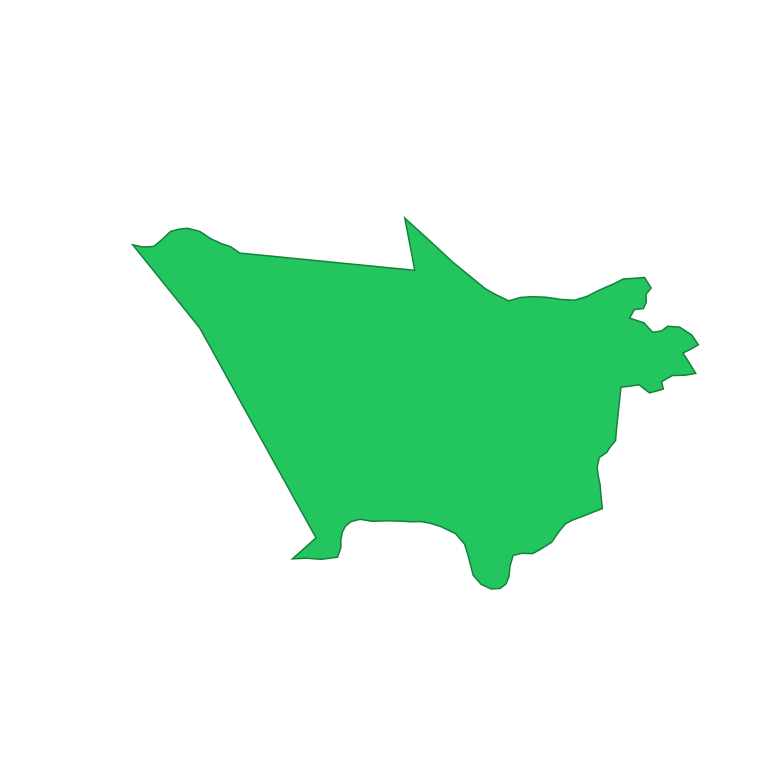 the district of Acajutiba, Bahia, Brazil, rotated 112°
{"feature_id": "56859067B79401477876310", "entity_name": "Acajutiba", "entity_type": "district", "adm_level": 2, "iso_a3": "BRA", "parent_name": "Brazil", "parent_adm1": "Bahia", "projection": "equal_earth", "projection_center": [-38.007, -11.675], "detail": "fine", "context": "isolated", "style": "filled", "palette": "green", "viewbox_px": 768, "rotation_deg": 112, "n_neighbors": 0, "source": "geoboundaries", "source_scale": "gbopen_adm2", "svg_char_len": 1490}
<svg xmlns="http://www.w3.org/2000/svg" viewBox="0 0 768 768"><g transform="rotate(112 384 384)"><path d="M417.7,134.9L406.0,141.1L396.3,146.0L389.0,150.9L381.1,155.3L371.4,156.8L364.1,151.9L356.5,150.4L349.8,148.1L336.0,152.3L298.2,163.1L294.2,155.7L289.2,147.2L292.8,134.5L284.1,123.1L277.9,127.5L268.2,119.9L263.1,108.2L257.4,98.9L249.1,110.2L243.3,118.4L237.8,113.5L229.9,107.2L223.3,116.9L220.5,131.1L224.2,142.6L230.9,146.6L235.4,154.3L229.9,165.9L230.9,181.0L221.2,179.7L216.9,171.8L210.0,171.4L202.5,174.6L194.9,172.3L187.6,182.4L191.3,189.7L197.0,201.5L205.8,209.2L211.1,214.5L217.7,220.8L226.6,228.5L235.0,238.8L239.4,252.0L242.9,266.4L247.5,279.3L252.6,289.9L260.2,299.5L259.1,315.6L257.7,325.8L254.8,335.1L245.0,366.7L241.1,376.7L235.3,391.9L222.4,426.9L256.3,404.9L267.1,398.1L316.6,566.7L314.1,577.9L314.8,587.6L314.1,599.7L311.5,611.8L313.2,624.5L317.3,632.2L322.4,639.0L332.1,643.4L342.6,648.9L347.2,658.5L349.1,669.1L401.0,576.0L424.2,547.3L453.0,511.9L552.1,389.4L580.4,403.4L574.6,390.7L570.0,376.4L562.0,362.2L551.8,362.7L544.7,365.6L537.1,367.1L530.5,366.5L524.0,363.1L518.4,355.5L515.8,343.8L509.2,328.7L504.9,317.1L501.6,307.3L497.7,298.2L495.9,289.5L494.9,278.1L495.9,261.7L502.4,249.2L511.5,241.8L527.9,229.7L533.4,218.9L533.9,207.7L529.9,199.6L523.7,196.0L515.7,196.0L505.6,199.0L494.5,200.0L489.4,192.8L485.5,182.5L478.2,176.7L468.0,169.3L455.5,166.5L445.8,163.4L440.1,158.7L428.8,146.6L417.7,134.9Z" fill="#22c55e" stroke="#15803d" stroke-width="1.5"/></g></svg>